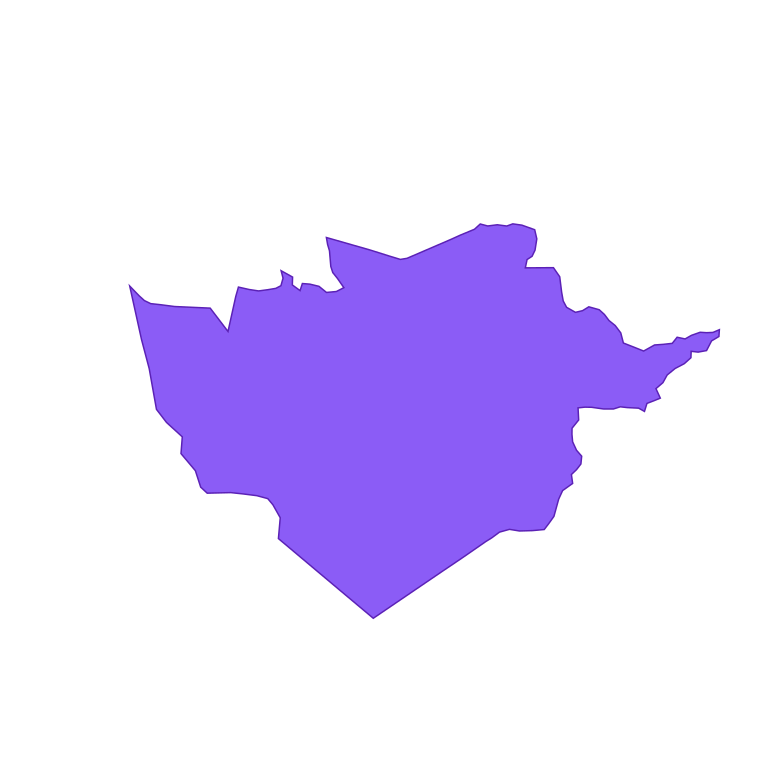 the district of Capoeiras, Pernambuco, Brazil, rotated 299°
{"feature_id": "56859067B97544685328252", "entity_name": "Capoeiras", "entity_type": "district", "adm_level": 2, "iso_a3": "BRA", "parent_name": "Brazil", "parent_adm1": "Pernambuco", "projection": "natural_earth1", "projection_center": [-36.564, -8.678], "detail": "fine", "context": "isolated", "style": "filled", "palette": "violet", "viewbox_px": 768, "rotation_deg": 299, "n_neighbors": 0, "source": "geoboundaries", "source_scale": "gbopen_adm2", "svg_char_len": 1875}
<svg xmlns="http://www.w3.org/2000/svg" viewBox="0 0 768 768"><g transform="rotate(299 384 384)"><path d="M486.3,625.1L494.5,623.4L500.2,628.2L505.6,632.5L511.8,624.1L520.4,627.3L529.2,627.3L538.7,631.1L547.4,636.8L555.8,639.7L561.5,636.8L564.2,643.3L569.6,649.9L580.5,649.6L587.9,653.9L594.1,651.0L588.6,646.7L585.3,641.3L582.5,635.4L575.6,629.3L569.4,625.5L567.0,617.7L559.3,616.4L554.2,609.2L549.3,601.7L538.7,595.1L537.5,585.5L535.9,573.5L543.5,566.3L547.2,557.9L548.6,550.0L551.7,543.0L553.3,536.2L550.8,525.7L544.4,522.1L539.5,516.7L539.6,506.5L543.5,500.5L550.5,494.8L563.0,485.7L567.9,475.8L554.1,451.3L562.2,448.8L567.5,451.6L574.3,451.2L585.0,447.3L592.0,441.0L589.8,427.6L586.5,419.0L581.7,414.8L578.2,405.9L572.5,398.1L570.6,390.6L563.2,388.1L551.5,378.8L543.3,372.7L505.1,343.2L500.9,337.9L498.4,326.2L494.5,307.1L484.2,262.6L478.6,267.1L474.1,271.7L461.0,280.5L456.6,285.2L453.9,291.8L448.8,302.2L441.8,297.5L436.2,289.3L437.9,279.8L435.4,270.7L432.3,263.9L425.0,265.3L426.2,255.8L433.2,252.2L433.2,239.1L427.6,244.4L420.0,246.2L415.2,243.0L410.1,236.6L404.6,229.2L401.3,220.3L398.2,209.7L388.7,211.9L354.3,222.1L366.1,195.2L350.3,163.4L344.9,149.8L341.2,141.0L340.8,134.0L342.4,127.2L346.4,114.1L305.4,150.3L283.6,171.2L251.5,197.3L244.9,212.5L240.0,233.2L224.7,240.2L216.7,261.1L204.9,273.7L202.8,282.3L214.7,302.6L219.6,314.2L224.7,327.0L227.4,337.9L224.5,345.4L216.7,358.1L197.6,366.6L182.4,444.4L173.9,488.2L248.2,525.7L269.6,536.6L295.5,549.4L301.8,552.9L310.4,556.8L317.7,564.2L321.1,573.7L327.8,585.0L334.4,594.7L342.0,595.8L350.6,596.8L368.0,592.6L377.4,591.9L388.5,597.2L395.7,591.8L402.4,593.9L409.5,595.0L416.7,591.9L419.4,584.5L424.9,577.0L431.1,572.8L436.5,569.9L446.9,571.7L457.2,565.3L461.2,571.0L464.3,576.9L468.5,587.9L473.4,596.8L478.6,601.7L481.3,608.2L486.3,618.4L486.3,625.1Z" fill="#8b5cf6" stroke="#5b21b6" stroke-width="1.5"/></g></svg>